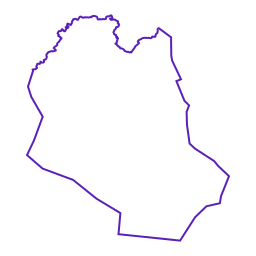 the district of Xairxan, Arhangay, Mongolia
{"feature_id": "93677404B50954701545850", "entity_name": "Xairxan", "entity_type": "district", "adm_level": 2, "iso_a3": "MNG", "parent_name": "Mongolia", "parent_adm1": "Arhangay", "projection": "natural_earth1", "projection_center": [101.878, 48.564], "detail": "fine", "context": "isolated", "style": "outline", "palette": "violet", "viewbox_px": 256, "rotation_deg": 0, "n_neighbors": 0, "source": "geoboundaries", "source_scale": "gbopen_adm2", "svg_char_len": 5170}
<svg xmlns="http://www.w3.org/2000/svg" viewBox="0 0 256 256"><path d="M180.1,240.6L195.1,217.2L206.4,206.3L219.9,203.2L221.0,196.2L229.0,176.2L218.1,165.9L214.2,161.1L195.1,148.7L190.7,144.6L189.6,143.6L187.0,124.9L186.6,111.8L189.1,105.4L184.5,100.9L176.4,81.1L181.0,79.3L172.2,60.7L171.3,55.8L171.1,41.5L171.1,37.3L159.0,28.3L158.6,28.2L157.8,28.9L157.6,29.3L157.6,29.7L157.7,30.1L157.7,31.3L157.6,31.6L157.5,31.9L157.5,32.5L157.4,32.8L157.2,33.1L156.7,33.5L156.3,33.7L156.1,34.0L155.8,34.5L155.7,35.0L155.5,35.6L155.5,36.2L155.4,36.5L155.2,36.8L154.9,36.8L153.8,36.8L153.1,36.6L152.7,36.6L152.4,36.6L152.2,36.7L152.0,36.9L151.8,37.5L151.7,37.8L151.3,38.0L150.8,38.2L149.8,38.1L149.1,37.8L148.8,37.8L148.5,37.8L148.1,37.9L147.5,38.0L146.5,37.9L146.0,37.8L144.9,37.9L144.4,37.8L143.9,37.9L143.4,38.0L142.8,38.1L142.2,38.3L141.0,39.1L139.0,40.0L138.7,40.3L137.9,41.2L137.8,41.5L137.9,41.9L138.7,42.5L138.9,42.9L138.8,43.2L138.7,43.4L137.9,44.2L137.2,44.7L136.1,45.7L135.4,46.2L134.6,47.8L134.1,48.3L133.7,49.0L132.5,50.5L132.3,51.0L131.6,51.9L131.5,51.7L131.4,51.7L130.8,51.9L130.2,52.4L129.7,52.4L129.3,52.3L128.3,51.9L128.1,51.9L127.1,51.9L126.7,51.8L126.0,51.4L124.8,51.0L124.5,50.7L124.1,50.0L123.8,49.7L123.5,49.3L122.9,49.0L122.0,48.5L121.5,48.4L120.7,48.4L120.4,48.3L120.2,48.2L120.0,47.8L119.6,47.0L119.5,46.8L119.2,46.7L118.6,46.7L118.4,46.6L118.0,46.1L117.7,45.5L117.5,45.3L117.1,45.2L116.7,44.8L116.5,44.5L116.3,44.1L116.2,44.0L115.7,43.9L115.6,43.7L116.4,43.4L116.6,43.3L116.7,42.9L116.5,42.4L116.5,42.2L117.1,41.4L117.2,41.2L117.1,40.6L117.1,40.2L117.5,39.6L117.6,39.0L117.7,38.8L118.0,38.4L117.9,38.1L117.5,38.0L116.8,37.9L116.6,37.9L116.4,37.6L117.0,36.9L117.0,36.7L116.1,36.2L116.0,35.8L116.0,35.4L115.9,34.9L115.5,34.7L114.7,34.7L114.3,34.4L114.2,34.1L113.9,33.3L113.8,33.1L113.5,32.6L113.5,32.4L113.6,31.9L114.2,31.1L114.2,30.3L114.3,30.1L114.7,29.7L115.0,29.5L115.4,29.1L115.8,28.7L115.9,28.2L116.0,27.5L116.2,27.2L116.3,27.1L116.6,27.0L117.5,26.9L117.8,26.8L118.2,26.7L118.4,26.5L118.6,26.2L118.7,25.3L118.9,25.0L119.1,24.7L119.1,24.4L118.9,24.1L118.1,23.6L118.0,23.4L117.8,23.1L117.9,22.9L118.1,22.4L118.2,22.1L118.1,21.8L118.0,21.5L117.7,21.2L117.4,21.0L116.7,20.8L116.2,20.6L115.8,20.3L115.2,19.8L114.9,19.7L114.6,19.6L114.0,19.5L113.6,19.6L112.8,19.6L111.5,19.8L110.9,19.8L110.7,19.7L110.2,18.9L110.1,18.6L110.4,18.5L111.3,18.8L111.7,18.8L112.1,18.8L112.2,18.7L112.4,18.5L112.3,17.9L112.2,17.3L111.6,15.8L111.3,15.5L111.0,15.4L110.7,15.4L110.1,15.8L109.6,16.1L108.9,16.3L107.6,16.4L107.1,16.5L106.6,16.7L106.3,17.1L106.1,17.5L106.0,17.8L106.0,18.6L105.9,18.8L105.6,18.9L104.9,19.1L104.1,19.2L103.4,19.1L102.6,19.1L102.1,19.2L101.7,19.3L100.9,19.4L100.5,19.3L99.6,19.1L99.4,19.2L99.0,19.4L98.6,19.5L98.3,19.5L97.9,19.3L97.6,18.9L97.5,18.6L97.4,18.0L97.3,17.5L97.0,17.0L96.7,16.7L96.3,16.5L95.5,16.3L94.7,16.0L94.2,15.9L93.9,15.9L93.1,16.1L92.4,16.1L92.1,16.3L91.9,16.4L91.7,16.6L91.6,17.1L91.4,17.2L91.1,17.2L90.4,17.1L89.6,17.3L88.9,17.5L88.5,17.5L87.0,17.3L85.7,17.4L85.1,17.3L84.2,17.3L83.7,17.7L82.8,17.6L82.2,17.5L81.8,17.2L81.1,16.7L80.2,16.7L79.9,16.8L79.5,17.2L78.9,18.2L78.6,18.7L78.1,19.5L77.8,19.8L77.4,19.8L77.0,19.7L76.7,19.4L76.4,19.2L76.2,19.1L75.8,19.0L75.6,18.8L75.1,18.8L74.5,19.1L74.0,19.2L73.7,19.2L73.4,19.2L73.3,19.4L73.3,19.7L73.3,19.9L73.1,20.0L72.8,20.2L72.5,20.6L72.1,21.5L71.9,22.1L72.0,22.5L71.9,23.0L71.7,23.2L71.4,23.5L71.3,24.3L70.7,25.0L70.3,24.9L69.8,24.5L69.0,24.1L67.5,23.7L67.3,24.0L67.2,24.7L67.2,25.0L67.0,25.6L67.8,26.2L68.3,26.4L68.5,26.7L68.4,27.1L68.2,27.6L67.9,27.9L67.5,28.0L67.1,27.9L66.0,27.1L65.9,27.1L65.7,27.2L65.7,27.4L66.2,27.9L66.4,28.1L66.5,28.4L66.2,29.1L65.4,30.0L65.3,30.3L65.4,30.5L65.4,30.8L65.2,31.0L64.9,31.2L64.7,31.3L64.4,31.2L63.9,31.1L63.6,30.8L63.1,30.2L62.9,29.8L62.5,29.3L62.3,29.2L61.8,29.4L61.6,29.6L61.3,30.7L61.1,30.9L60.7,31.1L60.4,31.1L59.2,31.1L58.9,31.2L58.7,31.3L57.8,32.8L57.6,33.4L57.9,33.8L58.3,34.1L58.4,34.3L58.6,34.5L58.8,34.8L58.5,35.3L58.3,35.6L58.4,36.1L59.9,36.7L60.2,36.8L60.2,37.4L60.4,37.6L60.6,37.7L60.9,37.9L61.4,38.1L61.5,38.2L61.5,38.4L61.5,38.5L60.6,39.4L59.7,40.5L59.5,40.8L59.5,41.2L59.4,41.4L59.0,41.8L58.5,42.1L58.1,42.5L57.3,43.4L57.2,43.7L57.1,44.0L57.2,45.0L56.8,45.5L55.1,46.6L54.5,47.0L53.9,47.7L53.8,47.9L53.8,48.1L54.2,48.5L54.6,48.8L55.3,49.8L55.8,50.2L55.8,50.4L55.7,50.5L54.8,50.9L53.8,51.2L53.0,51.3L52.5,51.3L52.1,51.2L51.7,51.1L50.6,51.4L48.9,52.0L48.3,52.3L47.7,52.7L47.5,53.1L47.5,53.4L47.3,53.6L46.8,54.1L46.5,54.5L46.4,55.0L46.4,55.9L46.8,56.5L46.8,56.9L46.5,58.0L46.1,58.9L45.7,59.4L45.3,59.6L44.2,59.8L43.9,60.0L43.8,60.4L44.0,60.8L44.0,61.2L44.0,61.7L43.9,62.1L43.6,62.3L43.2,62.5L42.8,62.6L42.4,62.6L41.9,62.6L41.1,62.0L40.7,61.9L40.4,61.8L40.3,62.0L40.3,62.3L40.4,62.6L40.3,63.1L40.2,63.4L40.0,63.7L39.7,63.9L38.8,63.8L38.4,63.8L37.9,63.7L37.5,63.8L37.3,63.9L37.2,64.1L37.2,64.6L37.1,65.0L36.5,65.8L36.4,66.2L36.4,66.6L36.5,67.1L36.9,67.6L37.0,67.7L37.0,67.9L36.9,68.1L36.7,68.2L36.1,68.6L35.8,69.0L35.3,69.2L33.7,69.4L33.2,69.4L32.7,69.6L33.1,70.7L28.0,86.6L31.3,96.9L42.7,116.7L33.9,140.6L27.0,155.1L42.6,168.6L73.1,179.9L96.4,198.6L120.4,213.1L118.5,234.2L180.1,240.6Z" fill="none" stroke="#5b21b6" stroke-width="2"/></svg>